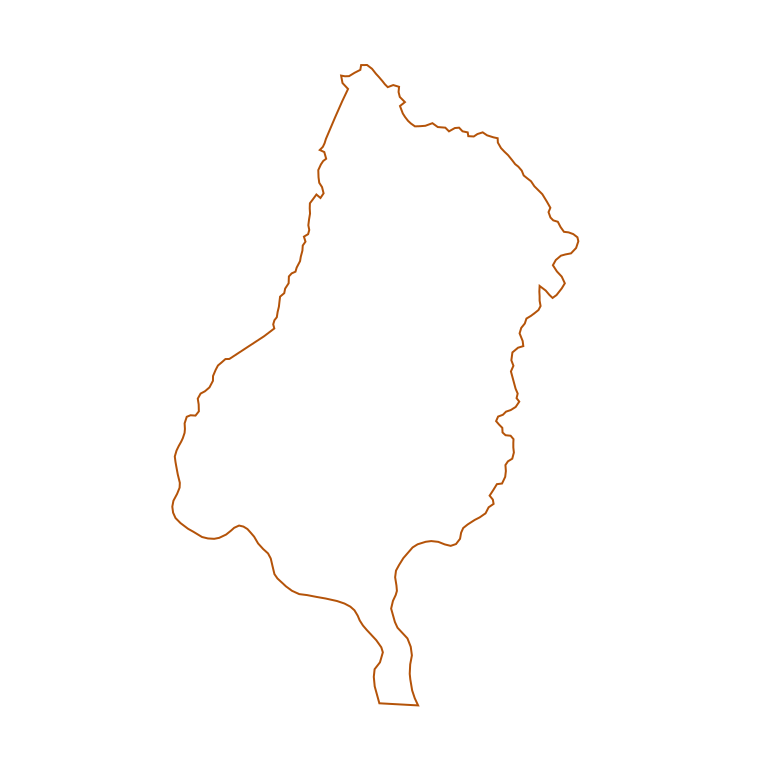 Camamu, Bahia, Brazil, rotated 124°
{"feature_id": "56859067B78480965793376", "entity_name": "Camamu", "entity_type": "district", "adm_level": 2, "iso_a3": "BRA", "parent_name": "Brazil", "parent_adm1": "Bahia", "projection": "orthographic", "projection_center": [-39.173, -14.002], "detail": "fine", "context": "isolated", "style": "outline", "palette": "amber", "viewbox_px": 768, "rotation_deg": 124, "n_neighbors": 0, "source": "geoboundaries", "source_scale": "gbopen_adm2", "svg_char_len": 3706}
<svg xmlns="http://www.w3.org/2000/svg" viewBox="0 0 768 768"><g transform="rotate(124 384 384)"><path d="M651.3,209.3L631.4,176.0L627.3,182.8L622.3,189.3L614.2,197.0L609.9,200.6L601.8,205.5L593.4,209.1L586.9,214.9L581.8,222.3L578.5,236.5L575.2,241.9L566.2,252.5L558.8,255.3L552.4,256.3L548.3,257.6L544.1,261.0L538.0,266.7L532.0,269.7L525.6,270.3L517.5,270.6L503.5,268.9L498.1,266.5L491.5,261.2L487.8,257.0L484.5,250.7L483.0,243.9L480.9,238.2L476.4,234.8L469.8,234.4L464.2,236.9L459.1,237.8L453.7,236.1L446.0,232.8L441.1,230.1L434.4,227.5L427.7,228.3L422.1,226.1L419.0,229.1L417.5,234.0L410.9,234.1L403.9,234.4L400.5,230.5L393.2,231.6L388.0,234.3L383.3,238.0L378.8,238.0L374.2,235.9L368.2,238.0L364.3,241.3L360.6,243.8L357.3,245.8L356.1,250.1L358.5,254.6L357.9,258.6L354.2,261.4L353.3,265.9L352.1,270.3L347.2,271.2L343.0,268.2L338.7,267.4L334.8,264.4L329.4,262.0L323.0,262.0L321.6,266.2L317.2,267.8L314.3,272.3L302.6,285.8L296.5,286.9L293.1,291.7L286.0,295.2L279.0,293.2L274.7,289.7L270.8,293.1L266.2,299.9L260.7,301.6L255.1,301.1L250.1,302.5L245.4,300.3L240.5,298.6L236.3,297.3L231.8,297.8L227.9,301.6L224.2,304.1L220.5,306.9L215.7,309.8L216.1,302.2L217.6,296.9L218.4,292.4L213.8,290.7L205.3,290.1L199.4,290.4L195.6,296.7L194.0,303.6L191.1,310.4L185.1,310.9L178.7,309.1L175.2,306.1L171.1,302.0L163.8,300.8L157.0,302.7L154.2,305.7L153.9,311.0L155.1,315.8L157.2,319.9L155.2,325.3L152.3,330.6L153.7,335.2L152.9,339.1L149.5,343.7L144.9,344.6L141.8,350.8L138.1,358.9L137.2,363.6L136.0,369.9L133.7,375.5L133.4,380.1L133.0,384.8L130.1,389.1L128.7,394.2L128.4,398.2L126.8,402.9L124.9,409.1L124.1,413.9L123.0,418.9L120.2,424.6L116.7,427.2L118.3,431.2L120.2,437.6L120.2,442.9L124.5,446.3L128.6,448.0L131.4,452.7L128.6,455.3L130.6,460.2L129.5,465.1L132.2,468.4L138.2,471.4L137.2,476.5L140.9,483.1L140.7,489.7L146.8,494.1L150.2,498.4L153.1,502.4L153.0,507.3L152.4,511.2L150.9,515.8L149.2,519.7L144.6,526.2L138.6,524.3L137.2,531.4L133.8,535.2L129.2,537.7L131.0,543.5L135.8,546.9L135.0,550.9L133.8,554.6L132.2,560.4L131.3,564.2L129.4,570.1L129.0,576.4L132.4,581.3L136.8,579.3L142.4,582.4L148.3,585.1L150.7,588.4L152.3,592.0L157.7,586.7L159.5,578.8L163.4,578.2L172.7,576.8L190.0,573.7L213.3,569.2L217.6,567.9L221.6,567.3L225.9,568.1L225.1,563.2L229.6,557.9L233.1,559.1L237.2,559.1L243.4,558.1L249.2,553.9L253.4,550.2L255.4,545.5L259.7,540.7L265.3,540.7L264.7,546.0L270.2,546.2L275.6,546.5L279.9,543.8L284.1,540.6L289.4,538.2L294.7,535.5L298.1,532.1L302.2,530.7L306.6,532.8L309.9,528.7L314.6,528.8L319.1,526.2L324.9,524.2L329.1,522.3L336.3,521.5L340.4,520.2L343.9,522.4L348.0,523.0L353.8,519.4L360.2,519.3L364.5,517.5L369.7,519.0L374.8,516.4L378.6,514.4L383.7,512.5L388.6,510.2L392.4,510.5L396.5,509.2L399.3,506.0L411.4,510.1L449.7,526.2L452.0,529.4L456.6,530.6L461.5,532.0L466.2,531.5L473.0,530.2L477.0,527.6L484.4,526.8L490.2,528.4L494.5,530.7L500.3,530.2L504.6,526.2L510.2,522.2L515.6,522.6L518.1,526.9L521.5,529.2L528.1,527.3L532.6,523.9L536.0,522.0L541.4,520.5L545.2,519.9L550.2,519.5L555.1,518.8L561.1,516.9L565.2,513.3L568.3,510.3L574.3,504.4L580.1,498.0L584.2,495.5L590.7,494.1L598.5,493.3L604.1,490.9L608.6,486.9L611.7,481.9L613.1,475.0L613.6,465.5L613.1,459.5L612.6,449.3L610.5,443.6L607.3,438.2L603.7,434.6L597.1,430.7L591.0,428.8L587.0,427.8L582.4,425.0L580.8,420.8L580.6,416.1L581.9,411.0L583.2,406.3L586.6,399.2L588.4,391.8L589.3,385.4L592.0,380.3L597.3,374.6L602.9,368.5L604.8,363.6L606.6,352.1L606.9,344.6L605.6,336.8L602.0,329.7L598.3,321.0L594.5,312.5L590.2,301.6L588.1,294.0L587.4,287.4L588.1,282.0L590.8,276.2L593.6,271.9L596.0,266.4L597.6,260.6L600.7,247.2L603.8,239.0L607.1,234.9L617.0,231.7L625.7,232.3L632.5,228.7L639.9,222.6L651.3,209.3Z" fill="none" stroke="#b45309" stroke-width="2"/></g></svg>